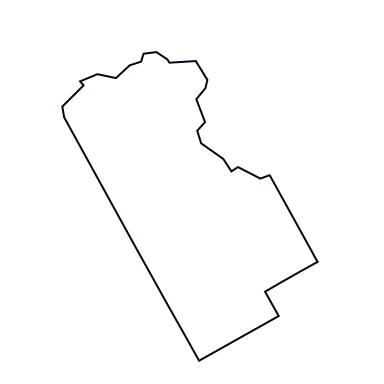 Tate, Mississippi, United States of America (Equal Earth projection), rotated 61°
{"feature_id": "52423323B67875317902203", "entity_name": "Tate", "entity_type": "district", "adm_level": 2, "iso_a3": "USA", "parent_name": "United States of America", "parent_adm1": "Mississippi", "projection": "equal_earth", "projection_center": [-90.006, 34.663], "detail": "fine", "context": "isolated", "style": "outline", "palette": "ink", "viewbox_px": 384, "rotation_deg": 61, "n_neighbors": 0, "source": "geoboundaries", "source_scale": "gbopen_adm2", "svg_char_len": 595}
<svg xmlns="http://www.w3.org/2000/svg" viewBox="0 0 384 384"><g transform="rotate(61 192 192)"><path d="M64.7,267.6L213.3,268.1L241.0,268.0L278.1,268.0L315.2,267.7L343.0,267.6L342.5,176.3L314.6,176.4L314.2,157.1L314.0,136.4L314.0,116.0L310.0,116.1L298.4,116.0L215.0,115.9L213.4,125.7L192.5,139.7L193.1,147.5L178.3,148.6L153.9,160.4L140.9,157.7L137.2,146.7L112.9,143.2L107.7,129.9L101.4,124.2L79.3,125.2L68.0,149.0L64.0,149.3L52.4,155.3L47.6,167.3L53.3,173.3L51.0,185.1L55.5,203.3L43.1,217.6L41.0,236.2L46.2,235.2L54.4,264.0L64.7,267.6Z" fill="none" stroke="#020617" stroke-width="2"/></g></svg>